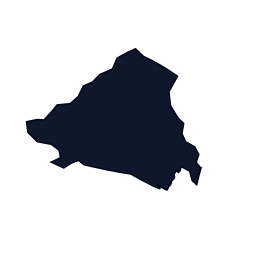 outline of Louroukina, Cyprus, rotated 123°
{"feature_id": "46923920B91087779274595", "entity_name": "Louroukina", "entity_type": "district", "adm_level": 2, "iso_a3": "CYP", "parent_name": "Cyprus", "parent_adm1": "", "projection": "mercator", "projection_center": [33.49, 35.022], "detail": "fine", "context": "isolated", "style": "filled", "palette": "ink", "viewbox_px": 256, "rotation_deg": 123, "n_neighbors": 0, "source": "geoboundaries", "source_scale": "gbopen_adm2", "svg_char_len": 1326}
<svg xmlns="http://www.w3.org/2000/svg" viewBox="0 0 256 256"><g transform="rotate(123 128 128)"><path d="M121.5,45.0L121.8,45.3L119.8,52.1L111.6,54.2L107.5,61.8L108.1,72.1L103.4,79.7L93.8,83.8L92.4,91.3L86.2,104.4L75.3,113.4L57.5,114.7L57.5,130.5L58.2,143.6L59.5,153.9L57.5,164.9L65.0,169.7L75.3,175.2L86.9,173.2L92.3,176.7L98.6,180.8L108.8,182.8L117.0,188.3L128.7,186.9L139.0,189.7L147.2,200.0L154.0,200.7L167.0,202.8L170.4,208.9L178.0,216.5L183.5,211.9L186.2,209.6L187.8,201.8L188.7,197.5L188.9,196.6L186.3,190.3L183.5,183.5L183.8,178.5L184.1,174.2L184.2,173.8L189.5,168.5L189.6,168.4L198.5,173.9L196.5,160.1L188.9,156.7L182.1,151.9L182.4,149.0L182.8,145.0L180.8,139.6L179.6,136.2L177.0,129.5L174.6,123.0L172.3,117.5L170.1,112.0L169.8,111.3L165.0,100.4L164.8,95.9L164.6,94.2L164.3,88.6L164.0,86.1L163.0,76.1L162.9,74.8L161.5,68.0L161.5,67.8L160.8,69.1L160.8,69.4L159.5,71.7L159.5,67.7L159.1,62.5L158.6,61.4L154.6,62.0L152.9,61.4L152.3,61.5L151.9,61.6L151.5,61.6L151.3,61.6L151.0,61.7L150.9,61.7L149.4,62.6L144.5,61.8L143.5,62.5L141.7,64.1L137.8,64.3L137.8,64.0L137.3,64.0L137.8,61.7L136.9,61.3L135.6,61.1L131.4,62.4L131.2,59.8L130.6,53.1L130.6,52.8L134.1,49.0L137.2,45.4L137.3,45.2L137.6,41.9L138.2,40.3L138.2,39.5L128.7,42.8L122.9,44.6L121.9,44.9L121.5,45.0Z" fill="#0f172a" stroke="#020617" stroke-width="1.5"/></g></svg>